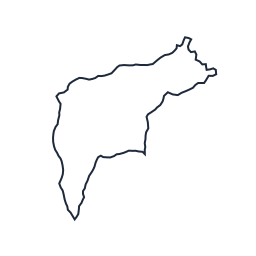 Valentim Gentil, São Paulo, Brazil, rotated 191°
{"feature_id": "56859067B94354005773824", "entity_name": "Valentim Gentil", "entity_type": "district", "adm_level": 2, "iso_a3": "BRA", "parent_name": "Brazil", "parent_adm1": "São Paulo", "projection": "albers", "projection_center": [-50.11, -20.408], "detail": "fine", "context": "isolated", "style": "outline", "palette": "slate", "viewbox_px": 256, "rotation_deg": 191, "n_neighbors": 0, "source": "geoboundaries", "source_scale": "gbopen_adm2", "svg_char_len": 1975}
<svg xmlns="http://www.w3.org/2000/svg" viewBox="0 0 256 256"><g transform="rotate(191 128 128)"><path d="M95.8,218.6L95.5,215.5L97.1,212.7L98.9,210.2L102.0,208.0L105.8,206.6L109.4,203.4L112.0,200.4L115.9,195.5L118.4,194.6L120.9,193.5L124.8,192.8L128.0,192.2L132.5,191.8L135.3,190.4L138.8,189.7L144.1,189.0L148.3,187.7L150.3,185.6L151.9,182.9L154.6,178.6L157.1,177.1L160.9,175.0L164.0,173.9L167.2,173.4L169.7,170.8L172.5,169.3L175.4,168.1L179.1,168.3L182.5,168.3L185.3,167.9L188.3,165.7L191.5,162.9L193.8,160.4L194.9,157.0L194.6,154.2L197.7,150.7L202.3,148.8L204.3,145.4L200.9,141.0L198.8,138.9L198.3,133.7L198.5,130.2L197.8,127.3L198.1,122.2L197.8,118.3L199.3,115.2L200.2,110.8L200.1,107.9L199.7,104.0L198.8,100.1L197.1,95.9L195.3,92.7L192.7,89.9L190.8,87.3L188.5,85.3L186.9,82.9L185.1,78.8L183.6,74.3L183.2,70.1L183.6,66.4L184.9,60.4L182.7,56.8L180.1,54.0L178.7,51.0L176.6,45.9L174.5,42.0L172.7,39.6L171.4,36.2L168.2,34.0L162.9,28.1L161.5,31.0L160.4,34.0L160.7,38.6L161.1,42.0L159.4,45.5L158.7,49.0L157.9,51.7L159.6,54.7L160.1,57.5L158.9,60.5L158.8,64.7L157.7,68.5L157.0,73.6L155.1,78.1L154.2,80.7L153.5,83.8L153.2,87.8L152.5,91.1L151.7,93.7L149.4,95.6L146.8,94.7L142.9,95.2L139.8,95.7L136.3,97.8L134.2,100.0L131.3,100.9L127.5,102.8L125.2,104.3L122.9,105.9L118.8,106.5L116.2,107.1L113.3,107.0L109.1,107.4L106.5,105.6L107.4,109.8L107.4,112.6L108.7,116.4L108.7,120.1L109.3,124.1L109.4,127.3L108.0,131.5L109.7,137.6L111.9,142.5L111.0,145.2L108.4,147.7L104.8,151.3L103.5,153.6L100.7,156.7L99.1,160.7L98.8,163.6L98.8,166.4L95.7,170.7L90.5,169.5L85.4,169.8L82.1,172.8L78.8,174.9L76.0,176.8L72.0,179.8L70.0,183.2L67.7,185.6L61.9,186.7L60.7,189.4L58.8,194.6L54.6,195.4L51.7,197.6L52.9,201.8L55.7,202.8L58.7,201.2L61.9,200.1L63.0,202.9L63.8,205.5L67.2,204.6L70.4,207.0L74.6,208.0L74.9,213.1L77.0,215.9L80.7,214.5L83.5,216.5L84.7,219.4L84.0,223.6L82.9,227.1L85.7,227.9L89.3,227.9L90.0,225.1L90.7,220.4L92.5,218.3L95.8,218.6Z" fill="none" stroke="#1e293b" stroke-width="2"/></g></svg>